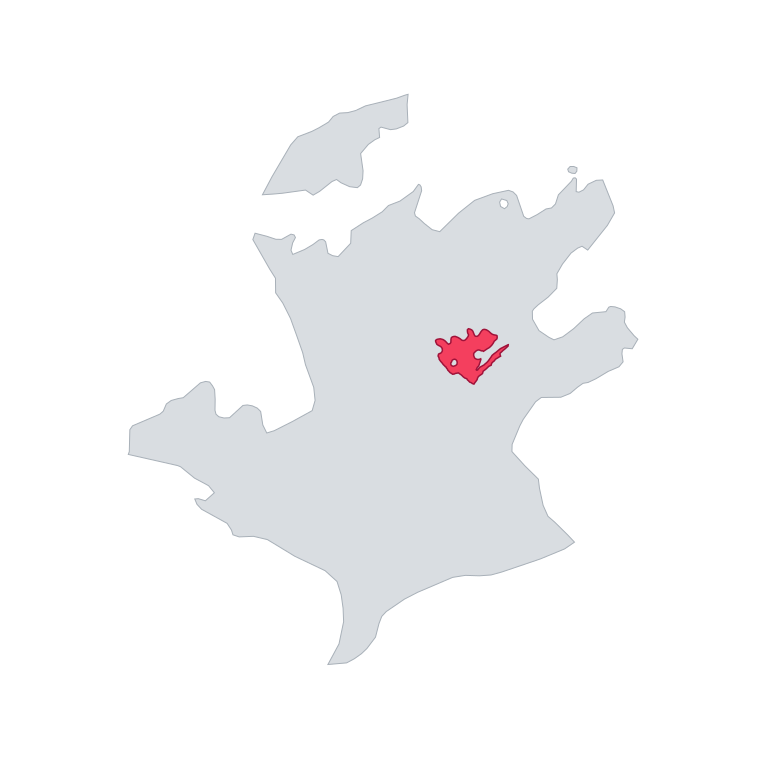 Yevlakh District, Yevlakh Rayon, Azerbaijan (highlighted), rotated 106°
{"feature_id": "54616110B52362464060400", "entity_name": "Yevlakh District", "entity_type": "district", "adm_level": 2, "iso_a3": "AZE", "parent_name": "Azerbaijan", "parent_adm1": "Yevlakh Rayon", "projection": "orthographic", "projection_center": [47.034, 40.701], "detail": "fine", "context": "in_parent", "style": "filled", "palette": "rose", "viewbox_px": 768, "rotation_deg": 106, "n_neighbors": 0, "source": "geoboundaries", "source_scale": "gbopen_adm2", "svg_char_len": 6344}
<svg xmlns="http://www.w3.org/2000/svg" viewBox="0 0 768 768"><g transform="rotate(106 384 384)"><path d="M522.2,610.4L519.2,610.2L498.0,615.7L493.5,614.2L474.8,591.2L471.0,588.7L463.2,587.7L458.5,584.0L454.7,577.8L452.5,573.2L433.5,560.8L430.7,556.2L430.2,552.1L433.0,548.4L436.1,545.3L445.2,542.1L455.9,539.2L459.3,537.2L461.0,533.8L460.8,528.5L459.0,523.2L443.5,513.7L441.8,509.6L441.3,504.5L442.1,499.2L444.4,495.0L456.8,489.2L463.4,483.2L459.2,476.7L445.5,461.9L429.4,445.7L418.8,445.7L406.6,450.6L387.1,464.8L376.3,470.8L362.2,480.8L346.8,491.9L334.1,503.6L326.2,513.3L312.2,517.5L305.0,525.6L281.3,549.9L274.6,549.5L274.3,537.4L274.7,527.9L273.2,522.3L265.6,514.7L265.5,511.5L267.6,509.5L273.5,510.7L281.0,510.3L284.6,507.4L276.6,497.4L269.5,490.7L263.4,486.1L262.1,483.4L262.1,481.5L263.4,479.3L273.8,473.9L274.8,468.8L274.2,463.2L257.9,454.8L245.6,457.8L234.7,448.3L227.7,441.0L219.0,433.2L211.2,428.9L203.8,419.1L190.9,408.9L182.6,405.9L182.7,404.4L184.3,402.6L187.8,401.1L211.0,401.9L213.9,400.1L215.4,395.8L218.6,389.5L222.4,380.3L222.2,372.4L199.2,359.4L182.5,347.5L171.1,331.9L163.5,317.7L163.8,312.9L166.2,308.5L184.3,295.9L185.6,292.5L185.3,290.2L179.0,283.5L171.1,276.5L168.6,271.5L163.7,268.8L154.1,268.5L137.4,259.7L133.9,258.8L133.1,257.1L134.0,255.4L146.1,252.3L145.9,249.5L142.4,245.7L135.7,242.9L129.7,236.1L127.6,230.0L149.6,212.9L156.0,209.5L170.0,213.0L199.1,225.1L197.0,231.6L200.0,235.3L206.6,240.3L219.5,245.5L230.4,248.2L236.0,246.1L244.4,244.3L255.3,250.2L265.4,257.6L270.4,260.6L273.1,261.5L280.8,259.1L290.0,249.7L293.7,238.3L294.7,232.8L289.4,225.2L278.5,216.9L266.2,209.6L258.3,203.2L253.3,190.6L248.2,189.1L247.0,187.5L246.2,183.2L246.5,177.2L248.2,172.6L253.2,170.7L258.3,170.0L262.8,165.6L268.6,157.0L271.0,152.3L281.7,155.1L283.1,162.8L285.0,164.4L289.4,163.6L296.8,160.3L302.7,162.9L310.2,172.1L320.6,181.8L326.3,188.3L328.5,192.9L333.9,197.2L341.7,202.4L348.0,210.4L353.6,229.1L359.3,233.4L379.6,240.4L386.8,241.9L406.7,244.2L413.7,242.4L423.8,226.1L432.9,209.4L441.4,205.8L456.8,197.6L466.0,189.9L469.8,181.7L478.3,166.1L483.5,157.3L492.7,164.9L509.0,185.4L532.3,219.0L538.1,228.5L542.1,239.5L545.5,253.0L551.0,264.8L575.0,294.3L585.3,305.2L602.1,319.1L608.0,322.1L615.7,322.8L629.7,322.4L642.9,327.5L649.4,331.3L656.3,336.8L662.4,343.1L669.1,360.6L646.3,355.6L623.6,357.3L610.9,361.5L598.5,367.0L586.8,374.7L579.7,389.1L574.2,422.2L565.7,453.2L566.4,467.5L570.9,481.1L570.6,487.6L566.4,490.4L561.2,496.4L554.7,524.8L551.2,530.6L546.7,534.2L545.4,530.9L545.5,523.5L535.3,517.1L530.1,524.6L526.7,540.2L519.6,556.8L519.3,559.9L522.2,610.4ZM181.2,320.9L182.3,316.5L179.5,314.5L176.5,314.3L173.8,316.5L173.7,322.0L177.3,323.0L181.2,320.9ZM103.7,447.8L100.4,443.2L98.9,440.7L109.1,438.8L126.1,433.1L130.6,436.2L135.4,442.5L137.7,447.8L137.9,457.7L139.9,459.3L148.2,456.2L151.8,460.2L158.0,465.1L168.9,470.0L184.8,462.9L192.7,461.1L199.2,461.4L202.6,463.7L203.8,471.4L202.4,480.8L200.5,486.0L203.7,489.8L216.6,499.0L222.0,504.2L219.2,512.9L228.7,534.4L231.9,542.7L235.6,553.0L215.7,548.8L179.9,539.6L170.1,535.0L161.0,522.9L155.6,517.1L147.5,509.5L140.8,506.6L135.8,501.3L133.1,493.6L129.0,486.7L121.8,478.5L105.8,450.7L103.7,447.8ZM129.1,265.1L126.8,266.6L123.6,265.0L122.6,261.6L123.0,258.1L126.3,257.3L129.0,258.4L129.6,261.6L129.1,265.1Z" fill="#d9dde1" stroke="#a8b0b8" stroke-width="1"/><path d="M325.1,279.6L324.5,280.0L323.4,280.7L322.4,280.9L320.5,279.7L318.9,278.8L317.0,277.4L313.4,275.2L312.0,275.4L312.1,275.6L314.3,278.0L316.1,279.9L317.4,281.3L318.0,281.9L319.9,283.2L322.6,285.0L324.6,286.6L326.7,288.0L328.5,288.5L330.7,289.3L333.2,290.2L335.2,291.2L336.7,292.3L338.1,293.1L340.3,295.3L341.5,296.5L342.8,297.1L344.8,297.9L345.2,298.8L344.9,299.3L342.3,298.9L340.8,298.1L339.3,297.8L337.9,297.8L336.1,297.7L334.6,297.7L333.5,297.7L333.1,298.0L333.4,298.3L334.1,299.4L334.5,300.4L334.7,301.7L334.3,303.6L333.7,304.3L332.6,305.2L331.8,305.7L330.9,305.9L330.1,306.2L328.9,305.8L327.7,305.1L326.7,304.5L325.8,303.6L325.2,302.5L325.1,301.4L325.3,299.5L324.9,298.3L325.2,297.4L324.5,296.8L323.3,295.8L322.2,294.9L321.3,294.1L320.3,293.1L319.2,292.3L317.4,291.3L316.5,290.9L315.3,290.5L314.4,290.2L313.4,290.0L312.6,289.9L311.7,289.3L310.3,288.4L309.5,287.9L308.3,288.0L307.5,288.2L306.4,288.7L306.3,288.9L306.2,289.5L306.4,291.5L306.4,292.8L306.2,294.1L305.5,295.8L304.9,296.9L304.5,297.7L304.0,299.2L303.7,300.5L303.7,301.6L303.7,301.8L303.9,302.9L304.6,304.0L305.4,304.5L306.7,305.1L308.0,305.5L309.3,305.8L310.7,306.3L311.6,306.8L312.5,307.5L312.9,309.2L312.6,310.0L311.8,310.8L310.9,311.5L309.7,312.4L308.7,313.2L307.8,314.6L307.5,316.5L307.6,318.1L308.9,318.8L310.5,318.3L311.8,317.7L313.4,316.3L315.0,316.2L316.5,316.8L318.0,317.2L317.7,317.2L319.3,318.1L319.9,318.7L320.4,319.9L320.4,321.4L319.6,323.1L319.2,324.4L318.8,326.1L318.8,326.4L318.6,328.7L319.1,330.1L319.9,331.3L320.8,332.0L322.4,332.0L323.5,331.7L325.7,331.2L326.8,331.6L328.0,332.9L327.4,334.4L326.4,336.0L325.6,337.5L325.2,338.8L325.0,339.5L325.0,341.2L325.1,342.5L326.0,344.5L326.6,345.5L327.2,346.0L327.5,346.2L328.0,346.4L329.1,346.0L330.5,344.8L331.3,344.1L331.9,342.3L332.1,340.9L332.3,340.2L332.6,339.4L333.1,338.6L333.6,338.2L334.1,337.6L334.8,337.5L335.8,337.1L336.3,337.0L336.2,337.0L337.4,337.3L338.9,338.1L339.4,339.0L340.2,339.8L341.8,339.8L342.7,339.4L343.1,338.8L344.0,338.2L345.0,337.8L345.5,337.2L346.2,336.3L346.7,335.7L347.4,334.5L348.1,333.5L349.0,332.4L349.6,331.2L350.1,330.3L350.4,330.0L350.6,329.2L350.7,328.9L350.8,328.9L351.5,328.3L352.1,327.3L353.1,326.5L354.0,324.9L354.8,323.7L355.3,321.9L355.7,320.7L354.9,319.0L354.3,318.5L352.8,315.5L353.4,314.0L354.0,312.1L355.3,309.8L356.0,308.0L356.1,305.9L357.0,305.0L357.5,303.9L358.0,303.1L358.6,302.0L358.7,300.4L359.2,299.3L359.3,297.9L359.3,297.5L359.0,297.4L357.6,297.0L356.5,296.5L354.2,295.7L352.4,295.7L350.8,295.3L349.3,294.2L347.8,292.9L346.8,292.2L344.4,292.2L343.4,291.5L342.0,290.4L340.2,289.3L339.1,288.7L338.0,288.0L336.7,286.5L336.5,286.2L334.6,286.2L333.4,285.8L331.3,284.3L329.5,283.7L327.7,282.0L326.5,281.0L325.7,280.2L325.1,279.6ZM347.1,324.9L346.3,325.3L345.4,325.6L344.0,325.1L343.1,325.1L342.5,325.1L341.4,324.2L340.8,323.2L340.7,322.9L340.7,321.9L341.3,320.7L342.1,320.1L343.0,319.6L344.9,319.3L345.8,319.7L346.8,320.6L348.0,322.4L347.7,324.1L347.2,324.8L347.1,324.9Z" fill="#f43f5e" stroke="#9f1239" stroke-width="1.5"/></g></svg>